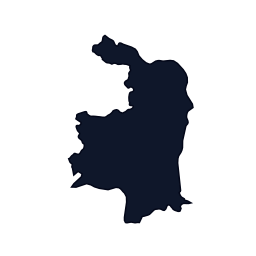 the border of Macvanski, rotated 162°
{"feature_id": "SRB-838", "entity_name": "Macvanski", "entity_type": "District", "adm_level": 1, "iso_a3": "SRB", "parent_name": "Republic of Serbia", "parent_adm1": "", "projection": "orthographic", "projection_center": [19.594, 44.517], "detail": "fine", "context": "isolated", "style": "filled", "palette": "ink", "viewbox_px": 256, "rotation_deg": 162, "n_neighbors": 0, "source": "natural_earth", "source_scale": "10m", "svg_char_len": 5642}
<svg xmlns="http://www.w3.org/2000/svg" viewBox="0 0 256 256"><g transform="rotate(162 128 128)"><path d="M81.0,183.0L78.7,182.8L77.3,182.4L74.0,180.7L67.1,179.2L63.9,177.7L61.0,174.1L57.5,166.4L56.3,162.0L56.1,157.7L57.5,153.0L59.7,150.2L61.6,147.0L61.9,140.9L59.4,130.9L59.9,127.4L65.5,125.6L66.8,124.5L67.8,123.0L68.7,121.2L69.1,119.6L68.9,116.1L69.2,114.6L70.0,113.6L71.8,112.5L72.5,111.8L80.0,99.1L82.3,92.4L83.6,90.3L85.2,88.5L88.5,85.8L90.0,83.5L91.6,79.4L97.3,52.4L98.0,51.4L98.8,51.2L99.4,50.6L99.2,48.3L98.8,46.4L98.1,45.2L97.2,44.3L96.3,43.2L96.6,42.0L93.8,40.1L91.2,37.3L93.7,37.5L98.6,39.2L101.0,38.8L102.7,37.0L102.4,35.2L104.1,33.0L104.4,32.9L104.9,32.9L105.4,33.0L106.2,33.3L106.6,33.6L108.4,34.9L109.3,35.7L109.9,36.4L110.2,36.8L110.6,38.2L111.3,39.7L111.7,41.1L112.0,41.5L112.4,41.9L112.7,42.1L113.4,42.4L113.7,42.4L114.0,42.4L114.4,42.3L114.8,42.0L115.4,41.4L116.2,40.4L116.8,39.7L117.2,39.3L117.9,38.9L118.4,38.7L118.8,38.5L119.0,38.5L119.5,38.7L119.9,38.9L120.3,39.2L121.7,40.6L122.2,40.9L123.1,41.4L124.0,41.7L125.5,41.9L126.7,42.2L127.2,42.2L127.7,42.2L128.2,42.1L128.8,41.9L130.3,41.2L133.1,39.8L134.2,39.3L134.8,39.2L135.4,39.1L136.7,39.1L140.0,39.2L141.3,39.4L141.8,39.5L146.4,34.6L147.9,35.2L150.6,35.7L154.1,37.6L158.3,38.2L159.6,38.9L159.9,41.2L159.0,44.1L152.2,57.9L150.7,63.0L151.4,67.2L152.4,69.1L153.1,70.9L153.9,72.6L155.2,74.1L157.8,75.3L166.0,75.5L173.9,79.5L178.1,82.5L180.8,85.4L184.6,87.9L195.6,87.8L199.9,89.3L196.7,91.7L187.4,96.0L185.8,98.6L188.9,102.2L194.1,100.0L193.2,107.0L193.4,108.0L193.4,108.3L193.3,108.6L192.4,110.2L192.3,110.6L192.3,110.9L192.3,111.1L192.6,111.6L193.4,112.7L193.5,113.0L193.7,113.5L193.8,114.6L193.9,117.1L193.0,117.1L192.9,117.1L192.2,117.6L190.7,118.6L190.2,118.9L188.2,119.6L187.1,120.3L186.8,120.3L186.4,120.2L186.0,120.0L184.9,119.1L184.2,118.7L183.5,118.4L183.0,118.3L182.6,118.3L182.2,118.4L181.8,118.6L181.4,118.9L180.9,119.2L179.6,120.5L178.9,121.0L178.5,121.2L177.4,121.6L177.1,121.7L176.7,122.0L176.0,122.8L175.7,123.3L175.4,123.8L175.0,124.7L174.6,126.3L175.1,126.8L175.4,127.2L175.7,127.7L175.8,128.2L175.8,128.7L175.8,129.9L175.9,130.4L176.4,131.5L176.7,132.0L177.5,133.0L177.6,133.3L177.8,133.8L177.9,134.2L177.9,135.0L177.6,135.6L177.4,135.9L177.1,136.2L176.0,137.1L175.8,137.4L175.6,137.7L175.6,138.0L175.7,138.6L176.5,140.4L176.8,141.3L176.8,141.9L176.9,143.1L176.9,144.3L176.9,144.9L176.8,145.4L176.6,145.7L176.4,146.0L176.2,146.1L175.9,146.1L175.5,146.1L174.7,145.7L173.9,145.5L173.4,145.5L173.1,145.6L172.3,145.9L171.9,146.2L171.5,146.6L171.2,147.0L171.0,147.4L171.0,147.8L171.3,148.4L171.7,148.9L173.1,150.6L174.7,152.8L174.1,153.5L173.3,154.6L173.1,155.2L172.8,156.0L172.6,156.3L172.3,156.5L172.0,156.6L171.0,156.8L170.4,156.8L164.7,156.8L163.5,156.7L162.9,156.5L162.6,156.2L162.5,155.6L162.6,154.6L162.6,154.1L162.4,153.7L161.2,151.9L160.7,151.4L160.3,151.0L159.8,150.7L159.5,150.5L158.1,150.1L156.1,149.4L152.8,147.9L151.2,147.2L148.7,146.0L147.6,145.6L147.1,145.4L146.6,145.4L145.5,145.4L145.1,145.5L143.2,146.2L142.7,146.3L140.8,146.6L139.9,147.0L139.4,147.2L137.7,148.1L137.4,148.5L137.0,148.8L136.5,148.9L136.1,149.0L135.1,149.1L134.1,149.0L133.6,149.0L133.2,148.9L132.9,148.7L132.3,148.2L131.8,147.7L131.6,147.4L131.1,146.0L130.9,145.7L130.6,145.4L128.6,143.8L126.6,144.1L125.1,144.3L124.3,144.6L123.3,145.1L122.8,145.3L122.2,145.4L121.7,145.4L120.8,145.1L120.3,145.1L119.4,145.1L118.4,145.2L117.9,145.4L117.3,145.7L116.7,146.1L116.5,146.4L116.4,146.8L116.4,147.0L116.4,147.3L116.6,147.6L116.8,147.8L117.1,148.0L117.4,148.2L118.7,148.7L119.0,148.9L119.3,149.2L119.4,149.5L119.3,150.1L118.8,151.0L118.6,151.4L118.5,151.9L118.6,153.4L118.4,154.2L117.8,156.4L117.4,157.5L116.3,159.6L115.9,160.2L115.4,160.8L115.1,161.0L114.4,161.2L114.0,161.2L112.6,161.1L112.2,161.1L111.9,161.2L111.5,161.5L111.1,161.8L110.8,162.6L110.7,162.9L110.6,163.3L110.7,163.8L110.8,164.2L111.1,164.9L111.3,165.2L111.8,165.7L112.1,165.9L112.5,166.2L112.8,166.3L113.2,166.3L114.8,165.9L115.1,165.9L115.4,166.0L115.7,166.3L115.9,166.6L116.2,167.5L116.9,168.8L117.4,169.9L117.5,170.4L117.5,170.9L117.5,171.4L117.4,171.9L117.0,172.5L116.6,172.8L116.2,173.1L115.4,173.4L113.9,173.7L113.5,173.8L113.1,174.0L112.7,174.3L112.4,174.7L111.7,175.8L111.1,176.6L110.9,177.0L110.7,177.8L110.5,178.9L110.4,179.3L110.3,179.7L110.1,180.0L109.8,180.3L108.3,181.4L108.0,181.6L107.8,182.0L107.6,182.3L107.6,182.7L107.7,184.0L107.6,184.7L107.5,185.3L107.2,185.9L106.9,186.6L107.5,187.3L109.4,188.8L110.3,189.3L112.0,190.0L113.0,190.6L113.6,190.7L115.0,190.9L117.2,191.4L117.7,191.6L118.1,191.8L118.5,192.2L119.3,193.0L119.6,193.2L120.3,193.6L121.1,193.9L121.4,194.0L121.8,194.0L123.2,193.8L123.6,193.9L123.9,194.0L124.1,194.3L125.3,195.4L125.8,195.7L127.4,196.4L127.8,196.6L128.2,196.9L128.6,197.3L129.8,199.1L131.1,201.1L130.9,201.3L130.8,201.6L130.8,201.8L130.8,202.1L131.2,203.7L131.5,205.0L131.7,205.3L131.8,205.5L132.0,205.7L132.3,205.8L133.1,206.0L133.4,206.1L133.8,206.3L134.0,206.6L134.6,207.2L135.2,208.0L135.8,209.2L136.3,210.2L136.6,210.6L137.1,211.0L137.7,211.3L137.8,212.1L137.8,212.7L137.6,213.2L136.8,214.6L136.3,215.9L136.0,216.3L135.6,216.6L135.3,216.8L134.6,217.1L134.1,217.1L133.3,216.9L132.6,216.7L131.4,216.3L131.0,216.3L130.6,216.3L130.2,216.4L128.6,217.2L128.2,217.3L126.8,217.7L126.4,217.8L126.1,218.0L125.6,218.6L125.2,219.2L123.9,221.7L123.5,222.2L123.1,222.5L122.4,222.8L121.3,223.1L118.4,218.8L116.0,216.5L115.0,215.1L114.6,211.1L113.3,209.3L112.3,209.3L110.5,211.2L109.5,211.4L108.4,210.8L106.7,209.1L99.7,203.8L96.7,200.7L95.7,197.8L95.4,193.3L93.4,188.5L90.7,184.4L88.0,182.1L86.1,181.7L81.0,183.0Z" fill="#0f172a" stroke="#020617" stroke-width="1.5"/></g></svg>